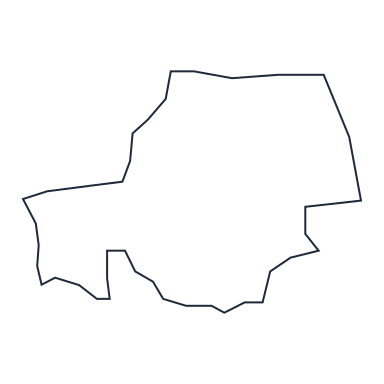 outline of Uroševac
{"feature_id": "KOS-5913", "entity_name": "Uroševac", "entity_type": "District", "adm_level": 1, "iso_a3": "XKX", "parent_name": "Kosovo", "parent_adm1": "", "projection": "mercator", "projection_center": [21.096, 42.361], "detail": "fine", "context": "isolated", "style": "outline", "palette": "slate", "viewbox_px": 384, "rotation_deg": 0, "n_neighbors": 0, "source": "natural_earth", "source_scale": "10m", "svg_char_len": 591}
<svg xmlns="http://www.w3.org/2000/svg" viewBox="0 0 384 384"><path d="M186.1,305.8L163.2,298.9L153.0,281.7L135.2,271.4L125.0,250.7L107.1,250.7L107.1,278.3L109.7,298.9L96.9,298.9L79.1,285.1L55.1,277.7L41.6,284.7L37.2,266.0L38.7,245.2L35.8,223.5L23.0,199.0L47.1,191.3L94.4,185.2L122.4,181.7L130.1,161.0L132.6,133.4L147.9,119.6L165.7,98.9L170.8,71.3L193.8,71.3L232.0,78.2L277.9,74.8L323.7,74.8L349.2,136.9L361.0,200.6L305.3,206.8L305.3,233.9L318.6,250.7L290.6,257.6L270.2,271.4L262.6,302.4L244.7,302.4L224.3,312.7L211.6,305.8L186.1,305.8Z" fill="none" stroke="#1e293b" stroke-width="2"/></svg>